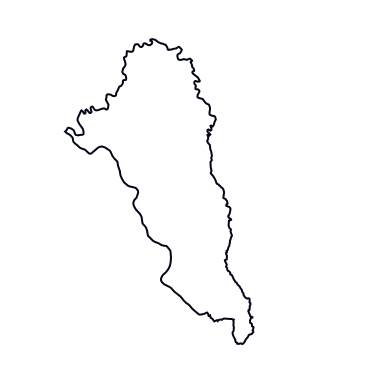 outline of Puerto Salgar, Cundinamarca, Colombia, rotated 324°
{"feature_id": "7082276B40281843469492", "entity_name": "Puerto Salgar", "entity_type": "district", "adm_level": 2, "iso_a3": "COL", "parent_name": "Colombia", "parent_adm1": "Cundinamarca", "projection": "orthographic", "projection_center": [-74.592, 5.587], "detail": "fine", "context": "isolated", "style": "outline", "palette": "ink", "viewbox_px": 384, "rotation_deg": 324, "n_neighbors": 0, "source": "geoboundaries", "source_scale": "gbopen_adm2", "svg_char_len": 5985}
<svg xmlns="http://www.w3.org/2000/svg" viewBox="0 0 384 384"><g transform="rotate(324 192 192)"><path d="M124.8,68.5L125.4,71.1L126.8,73.8L127.3,77.4L127.2,78.3L126.2,80.1L125.6,81.7L125.8,83.7L126.8,87.3L127.3,90.3L128.6,92.5L130.3,94.8L131.3,100.1L131.6,100.6L132.7,101.5L133.6,101.6L142.1,100.9L144.7,101.5L146.0,102.4L147.7,104.6L149.8,110.1L149.8,111.4L148.8,116.3L148.9,120.0L149.4,122.4L149.3,124.1L147.7,127.0L145.8,132.9L143.9,136.5L143.0,140.8L142.7,144.2L143.9,149.2L144.6,150.5L148.5,155.1L149.0,156.2L149.1,158.3L148.9,159.5L148.2,160.7L146.7,161.9L143.6,164.1L141.2,164.4L139.0,165.5L137.8,166.8L137.1,168.1L136.5,171.0L136.3,173.2L137.0,179.2L136.8,181.3L136.3,183.0L133.6,188.2L133.5,189.2L133.9,192.1L133.8,194.0L133.0,196.7L131.1,200.5L130.7,201.5L131.8,208.7L133.0,211.2L134.6,213.4L136.3,217.3L138.4,219.7L139.4,220.4L139.7,221.1L140.0,225.2L139.7,227.4L136.6,232.5L135.4,234.0L133.8,235.9L131.0,238.5L128.3,240.1L126.0,241.0L123.1,241.7L120.2,241.9L118.1,242.6L116.3,243.7L115.4,244.7L114.9,245.6L114.7,247.4L115.3,250.4L118.0,255.6L118.7,257.6L119.1,262.1L121.3,269.9L121.6,275.8L122.1,278.5L123.0,280.8L123.4,283.2L123.5,285.6L123.9,288.1L125.6,294.9L125.9,295.5L126.7,296.1L128.2,296.9L130.9,297.9L133.3,298.3L133.5,300.2L133.1,300.7L132.6,302.1L133.0,302.4L134.1,302.5L133.1,304.7L133.5,305.2L133.9,306.5L134.0,309.8L136.5,310.3L137.0,310.9L137.0,311.5L137.3,311.4L137.5,311.0L137.9,311.4L138.3,311.3L139.8,311.7L141.1,313.0L142.3,312.9L143.5,313.2L149.4,318.1L150.8,319.8L149.7,320.6L149.0,322.0L147.0,324.4L146.5,325.9L144.5,328.3L143.4,329.1L142.5,329.3L142.0,329.9L141.4,330.8L140.6,333.8L140.2,336.8L139.3,338.7L139.2,339.3L139.8,340.3L139.4,341.3L140.1,341.7L140.5,342.4L142.1,342.9L143.0,343.9L143.4,344.6L144.0,344.7L145.8,344.4L148.7,343.0L152.1,342.1L153.6,341.2L154.4,341.1L156.9,342.0L159.3,341.3L159.7,340.6L159.7,339.5L161.1,338.8L162.3,337.5L161.7,336.0L162.8,334.0L162.6,332.7L162.2,332.3L162.3,331.7L163.5,330.0L165.1,328.9L166.0,328.8L167.1,329.1L167.3,328.8L166.9,327.9L166.1,327.4L166.1,327.2L167.5,321.5L168.3,320.8L168.6,320.8L168.8,321.3L169.4,321.1L171.7,318.2L173.1,317.4L173.9,316.3L173.6,315.7L173.6,315.2L174.8,313.8L175.8,312.1L175.4,311.4L173.9,310.6L173.2,308.9L173.0,307.3L173.2,305.6L173.9,304.6L174.0,302.4L174.8,300.1L174.7,298.0L175.0,297.2L174.5,293.3L174.8,291.8L174.2,289.9L174.5,288.3L174.3,287.6L174.7,286.5L175.4,282.6L174.6,281.1L175.5,279.7L175.4,277.9L174.7,276.8L175.0,275.2L175.8,274.2L175.5,272.9L176.3,272.0L177.0,271.6L177.5,271.0L178.1,267.4L178.5,266.5L179.1,266.5L180.4,267.0L182.8,264.1L183.1,262.5L183.7,261.3L185.0,261.2L185.3,260.0L186.5,260.1L188.7,258.3L190.4,257.5L192.5,255.6L194.2,253.7L195.5,252.9L196.5,251.9L198.7,250.8L199.8,247.1L200.2,246.3L201.4,245.4L201.5,245.0L201.1,243.2L201.8,240.9L202.3,240.1L205.1,236.9L205.7,236.9L206.6,237.5L207.3,237.5L207.5,236.5L206.9,235.1L206.7,234.1L207.0,232.8L208.5,232.3L210.1,231.3L212.9,228.7L213.5,227.6L213.3,225.9L211.6,223.4L211.8,222.9L212.5,222.4L214.0,222.3L215.0,219.8L214.9,217.1L213.9,215.5L213.9,215.1L217.9,211.0L218.9,208.2L218.9,206.8L218.3,205.1L218.3,203.7L217.9,202.8L217.9,201.7L216.9,199.7L218.0,196.0L218.2,194.4L218.5,191.3L218.1,188.1L218.6,187.4L220.2,186.4L221.7,183.0L224.5,178.7L226.8,177.8L227.5,175.7L228.9,175.0L229.5,174.2L231.4,170.3L232.1,167.8L234.1,164.5L233.8,161.9L234.1,159.8L236.0,158.7L237.1,157.6L238.1,154.9L238.6,155.0L239.0,155.4L238.9,156.5L240.6,156.3L240.6,155.1L240.0,153.2L240.2,151.9L240.9,151.0L241.4,150.9L242.1,151.1L242.9,153.1L243.7,153.4L244.3,153.1L244.9,152.3L245.8,149.4L246.5,149.5L246.8,151.1L247.3,151.1L248.5,150.8L251.8,148.4L253.9,147.3L254.8,145.1L254.8,144.1L254.1,143.0L252.8,141.8L251.8,139.8L252.5,138.4L255.4,135.4L256.1,134.3L256.8,132.4L257.0,131.2L255.8,129.2L255.5,128.4L255.3,126.9L255.3,123.0L252.5,119.6L252.2,118.4L253.7,116.7L256.4,115.5L257.3,114.8L257.4,113.4L257.0,112.3L256.1,111.7L255.6,111.1L255.5,110.5L255.8,109.8L257.4,108.6L257.7,107.6L257.6,105.8L258.1,104.8L258.5,104.4L259.8,104.1L260.3,104.4L261.5,106.2L263.1,107.0L263.6,106.7L264.1,103.0L262.4,97.0L262.4,95.7L263.0,95.1L263.6,94.9L264.5,95.3L264.8,95.3L265.5,94.5L265.9,92.9L265.7,90.8L266.8,88.9L267.2,86.2L267.6,85.8L269.0,86.0L269.3,85.2L268.8,83.1L268.5,82.7L265.6,82.1L263.5,79.7L260.8,78.7L259.1,77.2L258.9,76.3L259.6,74.2L260.3,73.1L260.9,72.5L262.0,72.3L263.3,72.6L264.3,72.5L266.5,71.6L267.4,70.9L267.0,67.2L266.7,66.8L266.0,66.6L263.8,66.6L260.9,65.2L258.9,64.6L257.6,63.6L256.5,63.3L256.2,62.4L256.9,60.7L257.3,57.4L256.2,56.3L255.5,54.7L254.4,53.8L252.7,50.8L251.6,47.0L249.6,44.9L248.2,44.3L247.7,44.4L247.2,45.2L248.0,46.3L248.0,46.8L247.6,47.8L246.2,48.6L244.1,48.5L242.9,47.3L241.7,44.4L240.6,43.6L239.8,43.6L238.3,44.8L237.6,45.0L236.6,45.1L236.0,44.8L235.5,44.2L235.2,43.3L235.3,41.5L235.1,40.7L233.4,39.5L232.6,39.3L230.5,40.4L227.8,42.9L226.9,43.3L225.9,43.2L224.9,42.6L222.3,39.9L221.9,39.9L219.5,42.9L218.7,43.5L217.9,43.6L216.6,43.2L216.0,43.3L215.4,43.9L214.5,47.0L213.7,49.0L213.1,49.9L211.5,50.9L208.9,51.6L206.4,53.7L206.0,54.4L205.8,55.9L206.8,58.0L206.7,59.1L205.7,61.3L204.5,62.4L202.2,61.3L201.8,61.4L201.2,61.7L200.5,62.9L198.9,63.9L197.0,64.5L196.3,64.2L194.7,64.2L192.6,65.6L188.9,67.4L187.4,69.0L186.8,69.2L185.5,68.8L184.3,67.6L183.5,65.4L181.5,63.6L180.9,63.3L179.6,63.6L178.6,65.0L176.6,66.7L176.4,67.3L176.3,69.0L175.7,72.4L172.9,75.1L172.2,75.3L171.2,75.0L170.4,73.1L169.1,72.1L163.5,70.3L162.6,69.7L161.9,69.0L161.6,68.0L161.8,65.1L161.6,64.4L161.1,64.1L159.9,64.0L159.4,64.4L159.0,64.9L157.8,68.1L157.3,68.4L156.3,68.4L155.6,67.8L155.4,64.4L155.1,63.2L153.9,63.2L153.5,63.5L152.4,65.4L151.9,65.6L151.3,65.6L150.8,65.2L150.8,64.7L151.0,62.1L150.6,61.1L150.1,61.0L143.0,65.1L141.6,66.6L141.3,67.5L140.8,71.5L140.8,76.8L140.0,78.8L138.8,80.8L138.3,81.3L137.6,81.4L136.8,81.2L135.0,80.0L133.2,79.3L131.5,77.4L131.6,75.9L132.5,73.3L132.5,72.3L131.7,69.9L130.0,67.5L129.5,67.2L128.9,67.2L127.3,68.1L124.8,68.5Z" fill="none" stroke="#020617" stroke-width="2"/></g></svg>